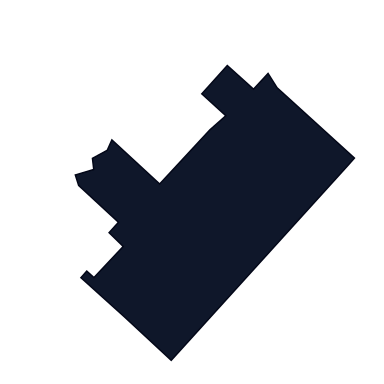 outline of Forest, Pennsylvania, United States of America, rotated 132°
{"feature_id": "52423323B60692344141753", "entity_name": "Forest", "entity_type": "district", "adm_level": 2, "iso_a3": "USA", "parent_name": "United States of America", "parent_adm1": "Pennsylvania", "projection": "orthographic", "projection_center": [-79.21, 41.475], "detail": "fine", "context": "isolated", "style": "filled", "palette": "ink", "viewbox_px": 384, "rotation_deg": 132, "n_neighbors": 0, "source": "geoboundaries", "source_scale": "gbopen_adm2", "svg_char_len": 461}
<svg xmlns="http://www.w3.org/2000/svg" viewBox="0 0 384 384"><g transform="rotate(132 192 192)"><path d="M331.0,94.8L67.2,93.9L58.1,94.0L57.6,198.6L53.0,214.8L74.4,215.1L74.4,250.4L112.5,250.4L112.7,217.9L133.7,220.3L207.7,221.4L206.9,286.4L217.7,282.9L233.6,288.5L241.0,280.1L257.4,290.1L263.0,280.6L263.7,226.4L277.7,226.4L278.5,206.7L321.2,207.6L321.2,217.3L330.0,217.2L330.0,159.1L331.0,94.8Z" fill="#0f172a" stroke="#020617" stroke-width="1.5"/></g></svg>